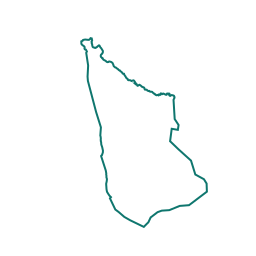 Rashaant, Hövsgöl, Mongolia (Robinson projection), rotated 56°
{"feature_id": "93677404B8615424997314", "entity_name": "Rashaant", "entity_type": "district", "adm_level": 2, "iso_a3": "MNG", "parent_name": "Mongolia", "parent_adm1": "Hövsgöl", "projection": "robinson", "projection_center": [100.984, 49.181], "detail": "fine", "context": "isolated", "style": "outline", "palette": "teal", "viewbox_px": 256, "rotation_deg": 56, "n_neighbors": 0, "source": "geoboundaries", "source_scale": "gbopen_adm2", "svg_char_len": 5084}
<svg xmlns="http://www.w3.org/2000/svg" viewBox="0 0 256 256"><g transform="rotate(56 128 128)"><path d="M226.1,120.6L224.9,98.2L218.0,93.9L212.9,93.7L204.2,98.2L190.3,94.0L173.7,98.1L162.5,100.5L153.1,92.2L157.4,87.7L153.8,84.4L146.8,84.3L146.7,84.3L130.1,74.5L128.9,72.5L128.3,72.3L128.2,72.3L128.1,72.1L127.8,72.0L127.4,72.0L127.1,71.9L126.7,72.0L126.4,72.2L126.2,72.4L125.8,72.7L125.3,73.2L125.1,73.4L124.9,74.2L124.9,74.3L125.0,74.3L125.0,74.5L124.9,74.9L124.9,75.1L124.5,75.4L124.2,75.4L124.4,75.2L124.6,75.1L124.8,74.9L124.7,74.8L124.3,75.0L124.2,75.0L123.7,74.9L123.4,74.7L123.2,74.6L122.8,74.5L122.7,74.5L122.4,74.7L121.9,75.5L121.3,76.3L121.3,76.5L121.4,76.8L121.7,77.0L121.9,77.2L122.0,77.3L122.0,77.5L121.9,77.6L121.6,77.8L121.3,78.3L121.0,78.4L120.2,78.8L119.9,79.0L119.3,79.4L119.3,79.6L119.3,79.8L119.2,79.9L119.0,80.1L119.1,80.5L118.8,80.7L118.6,80.8L118.3,80.9L118.1,81.2L117.9,81.3L117.7,81.4L117.7,81.6L117.8,81.8L118.2,81.8L118.5,81.9L118.6,82.2L118.6,82.6L118.4,82.8L117.9,82.9L117.8,83.1L117.7,83.3L117.6,83.5L117.9,83.6L118.0,83.7L118.1,83.9L118.1,84.2L118.1,84.4L117.7,84.6L117.4,84.7L117.2,85.0L117.0,85.3L117.0,85.5L116.9,85.9L116.6,86.2L116.3,86.4L116.0,86.5L115.7,86.5L115.4,86.5L115.2,86.6L115.2,86.8L114.8,87.1L114.2,87.0L113.3,87.4L112.5,87.7L111.8,87.7L111.7,87.7L111.4,87.9L111.1,88.2L110.8,88.7L110.5,89.0L110.4,89.2L110.2,89.4L109.2,89.6L109.0,90.1L108.8,90.3L108.7,90.5L107.9,90.8L107.7,91.0L107.1,91.0L106.7,91.1L106.5,91.3L106.3,91.6L106.1,91.8L105.8,92.4L105.5,92.5L105.2,92.5L105.0,92.4L104.7,92.4L104.0,92.1L103.5,92.1L103.3,92.2L102.9,92.4L102.7,92.7L102.4,92.8L102.0,93.0L101.7,93.2L101.4,93.5L101.1,93.5L100.4,93.6L100.0,93.7L99.3,94.0L98.8,94.2L98.6,94.3L98.5,94.5L98.5,94.9L98.5,95.2L98.4,95.5L98.4,95.8L98.5,96.0L98.4,96.4L98.3,96.5L97.1,96.5L96.7,96.7L96.4,97.0L96.1,97.1L95.7,97.2L95.9,97.0L96.2,96.9L96.4,96.8L96.5,96.6L96.4,96.4L95.7,96.6L95.4,96.6L95.2,96.5L94.9,96.6L94.4,96.7L94.2,96.7L93.8,96.5L92.4,96.5L91.9,96.6L91.7,96.7L91.5,96.9L91.4,97.2L91.3,97.5L91.2,97.9L91.1,98.1L91.1,98.7L91.0,98.8L90.6,99.0L90.2,99.2L89.8,99.4L89.3,99.8L89.1,100.2L88.8,100.6L88.6,100.9L88.3,101.1L87.8,101.1L87.4,101.0L87.2,100.9L86.8,100.9L86.4,101.2L85.9,101.3L85.6,101.4L85.0,101.4L84.3,101.3L83.8,101.2L83.3,101.3L82.0,101.3L81.4,101.2L81.0,101.1L80.8,101.0L80.7,101.1L80.6,101.4L80.5,101.6L80.2,101.7L80.0,101.9L79.7,102.0L79.2,101.9L78.7,101.9L77.7,102.1L77.2,102.3L76.9,102.5L76.7,102.6L76.2,102.6L75.9,102.5L75.7,102.6L75.4,102.9L75.1,103.1L74.9,103.2L74.5,103.2L74.3,103.3L73.9,103.4L73.4,103.4L73.0,103.6L72.5,103.9L71.5,104.1L71.2,104.2L71.1,104.3L70.8,104.6L70.5,104.8L70.0,104.9L68.9,105.2L68.5,105.2L67.9,105.0L67.4,104.8L66.2,104.6L65.8,104.5L65.3,104.5L64.1,104.9L63.9,105.0L63.4,105.4L62.7,106.0L62.4,106.3L62.3,106.5L62.2,106.8L62.2,107.0L62.3,107.4L62.2,107.6L62.1,107.9L61.9,108.2L61.7,108.4L61.1,108.7L60.8,108.8L60.5,108.8L60.2,108.9L59.6,109.1L59.4,109.2L59.0,109.4L58.6,109.7L57.9,110.0L57.7,110.1L57.4,110.2L56.9,110.1L56.7,110.2L56.2,110.3L56.2,110.2L55.8,110.0L55.4,110.2L55.1,110.3L54.6,110.5L54.3,110.6L54.0,110.6L53.7,110.6L53.4,110.5L53.1,110.3L52.6,110.0L52.3,109.6L52.1,109.2L52.0,108.1L51.7,107.7L51.6,107.1L51.4,106.8L51.2,106.6L50.9,106.3L50.6,106.1L50.1,105.8L49.8,105.7L49.6,105.7L49.0,105.7L47.0,105.6L46.7,105.6L46.3,105.7L46.1,105.8L45.7,105.8L44.9,105.7L44.6,105.7L44.3,105.6L44.0,105.6L43.6,105.6L43.4,105.7L43.3,105.8L43.2,106.0L43.3,106.6L43.3,107.6L43.5,108.0L43.5,108.4L43.4,108.9L43.4,109.0L43.5,109.8L43.5,110.0L43.3,110.4L43.2,110.5L43.0,110.4L42.9,110.5L42.7,110.7L42.6,110.9L42.3,111.2L41.9,111.5L41.7,111.7L41.5,111.8L41.0,111.9L40.6,111.8L39.9,111.6L39.0,111.2L38.6,110.9L38.2,110.9L37.9,110.8L37.7,110.8L37.5,110.7L37.3,110.4L37.2,110.4L36.9,110.3L36.6,110.2L36.2,110.1L36.1,109.9L36.0,109.7L35.8,109.4L35.6,109.1L35.4,108.8L35.1,108.7L34.8,108.5L34.2,108.4L33.8,108.3L33.5,108.0L33.0,108.4L32.9,108.5L32.6,108.7L32.6,108.8L32.6,109.0L32.8,109.3L32.9,109.6L33.0,109.7L33.1,109.9L33.2,110.3L33.1,110.6L33.1,110.8L33.0,111.1L32.9,111.4L32.7,111.6L32.3,112.2L32.0,112.5L31.4,113.2L31.0,113.7L30.8,113.9L30.7,114.1L30.4,114.7L30.1,115.4L30.1,115.6L29.9,116.1L30.0,116.5L30.2,116.9L30.3,117.0L30.2,117.2L30.2,117.5L30.2,118.0L30.1,118.3L32.2,119.6L33.6,119.5L34.9,119.0L35.7,118.7L36.7,118.7L37.2,119.1L37.5,119.5L38.6,119.8L39.5,119.1L41.6,119.3L42.3,120.6L53.9,126.1L62.8,132.8L66.5,134.9L96.9,145.5L112.3,150.1L118.8,155.2L119.5,155.4L120.6,155.9L121.8,156.6L122.6,157.3L123.0,157.5L123.4,157.6L123.7,157.9L124.7,158.2L125.1,158.4L125.2,158.5L126.8,159.4L129.4,160.1L132.7,161.4L134.2,162.5L135.1,163.7L135.9,164.7L136.0,165.7L136.3,166.0L150.8,170.2L152.6,171.0L153.5,171.4L154.4,172.1L155.4,172.5L156.9,173.5L158.0,173.8L158.8,174.2L160.1,175.3L161.1,176.3L161.8,177.1L163.0,177.9L164.1,178.5L166.5,179.9L168.4,180.8L169.4,181.1L171.7,181.2L173.8,181.2L175.8,180.8L176.2,182.3L188.5,184.1L192.5,182.7L199.6,180.8L205.7,177.8L218.8,170.2L217.9,165.7L217.6,163.9L214.8,159.2L214.3,150.6L215.4,146.2L219.2,139.7L221.5,128.7L226.1,120.6Z" fill="none" stroke="#0f766e" stroke-width="2"/></g></svg>